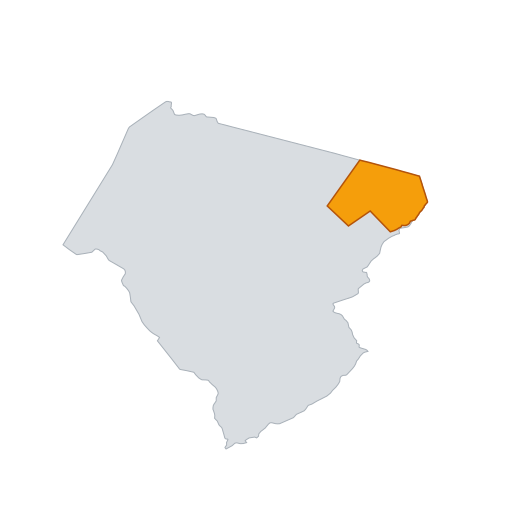 Tindouf highlighted on a map of Algeria, rotated 162°
{"feature_id": "DZA-2150", "entity_name": "Tindouf", "entity_type": "Province", "adm_level": 1, "iso_a3": "DZA", "parent_name": "Algeria", "parent_adm1": "", "projection": "albers", "projection_center": [-7.582, 27.544], "detail": "fine", "context": "in_parent", "style": "filled", "palette": "amber", "viewbox_px": 512, "rotation_deg": 162, "n_neighbors": 0, "source": "natural_earth", "source_scale": "10m", "svg_char_len": 4726}
<svg xmlns="http://www.w3.org/2000/svg" viewBox="0 0 512 512"><g transform="rotate(162 256 256)"><path d="M344.1,81.7L344.5,82.6L344.7,83.5L343.3,84.6L342.4,85.2L341.6,87.8L339.7,89.7L339.4,90.2L339.5,90.6L341.0,91.2L341.6,91.8L341.9,92.7L341.7,96.2L341.5,102.3L341.7,103.5L342.5,105.0L343.2,106.2L343.5,107.5L343.8,110.9L344.7,112.7L345.5,114.5L344.5,116.9L344.2,118.9L344.2,121.8L344.3,123.6L343.7,125.3L342.8,127.0L341.7,128.1L340.2,129.2L338.6,130.5L337.6,133.6L334.8,136.4L334.3,137.3L334.2,139.3L334.6,142.0L335.4,144.1L337.3,147.1L339.1,150.5L339.6,152.2L340.2,152.8L342.2,153.7L345.5,154.9L346.2,155.4L348.1,157.7L350.1,161.8L351.0,164.6L357.2,168.3L363.1,171.5L363.6,172.0L368.2,184.8L369.9,189.4L376.0,205.8L374.6,206.9L372.9,208.4L374.5,210.5L377.6,213.9L379.6,216.7L380.3,217.9L382.0,221.5L383.5,225.0L383.9,226.2L384.7,228.9L385.3,236.6L387.4,246.3L389.1,251.1L388.2,255.7L387.5,260.1L387.9,262.2L389.0,265.4L390.1,267.7L391.2,268.8L391.6,273.0L391.4,274.5L388.8,277.1L385.8,279.5L385.1,281.3L385.1,283.2L385.8,284.7L397.1,297.2L397.6,298.6L398.4,302.5L400.6,307.2L402.6,309.1L403.5,310.6L404.9,311.6L406.2,312.2L407.0,312.2L411.0,310.3L418.6,311.4L425.8,312.6L426.4,313.0L431.6,319.8L436.1,326.3L364.3,387.2L356.4,395.9L337.8,416.9L336.3,417.9L309.3,426.2L295.3,430.3L294.6,430.5L293.8,430.6L293.2,430.6L291.9,430.2L290.4,429.2L289.3,428.8L289.0,427.9L289.5,426.7L290.1,425.6L290.3,424.7L290.7,424.0L291.3,423.5L291.3,422.7L290.6,421.6L290.0,420.0L289.8,417.0L289.7,415.7L288.3,414.7L285.7,413.6L283.3,413.1L282.3,412.9L279.7,412.7L276.2,412.2L274.9,411.7L272.4,409.1L271.2,408.5L266.0,408.4L264.2,408.1L262.7,407.6L261.5,406.8L260.7,405.3L260.4,404.1L259.9,403.5L253.9,401.0L252.4,400.1L251.5,399.2L251.4,397.8L251.4,396.0L251.1,394.5L250.8,393.8L147.7,328.2L142.3,324.6L130.2,316.7L75.9,281.3L76.1,255.9L76.2,254.5L76.5,254.0L78.2,253.1L80.9,250.9L81.9,250.0L83.1,249.0L87.6,246.2L88.5,245.4L92.8,242.0L93.8,241.5L96.1,241.2L97.1,240.6L98.4,239.2L100.3,237.7L101.5,237.0L101.8,236.9L102.6,236.7L106.6,237.2L108.3,237.5L110.3,237.8L110.9,237.6L111.4,237.1L112.2,236.0L112.3,234.8L112.4,233.7L112.5,233.2L112.8,233.0L113.7,233.0L114.8,233.2L117.2,233.1L118.0,232.9L120.7,232.7L124.5,231.9L129.9,230.1L132.4,228.1L134.2,226.1L136.1,223.0L137.6,220.3L140.7,218.5L143.3,217.5L144.8,217.1L148.1,215.6L153.5,211.3L158.2,210.6L158.7,210.2L159.4,209.5L159.4,208.2L158.6,207.4L157.6,207.0L156.9,206.5L156.2,206.4L155.9,205.8L156.0,204.7L156.1,203.7L156.5,202.7L156.3,201.3L155.6,199.8L155.4,198.8L155.4,197.8L155.7,197.0L156.7,196.4L157.7,196.2L159.3,196.4L162.0,196.0L168.8,193.3L169.2,192.5L169.6,190.8L170.0,189.3L170.7,188.7L171.1,188.6L176.6,187.4L177.8,187.3L188.0,187.3L196.8,187.2L197.6,186.8L197.6,185.7L196.9,183.7L197.2,182.4L198.4,181.2L199.9,179.8L199.0,178.2L197.7,177.2L195.9,176.0L195.0,175.6L193.3,174.1L192.3,172.4L191.5,168.7L190.2,166.7L189.2,164.1L189.7,159.4L188.4,156.6L188.2,155.4L188.1,153.9L188.4,151.4L188.0,147.9L186.4,144.3L187.0,143.1L187.3,142.4L187.2,141.9L185.9,140.8L185.3,139.8L185.5,138.9L186.1,137.6L186.0,137.1L184.0,135.6L180.5,133.2L179.6,132.1L179.0,130.7L182.2,130.9L183.9,130.7L187.6,128.8L190.5,126.4L192.7,125.1L194.6,122.6L196.4,120.9L199.0,119.1L206.5,115.0L207.6,114.9L210.2,115.6L212.4,115.2L213.8,113.8L215.2,110.7L217.6,108.6L220.7,106.5L224.8,104.5L227.5,102.6L231.9,100.9L242.9,99.2L248.6,97.9L252.5,97.8L256.2,94.9L258.0,93.9L266.5,92.9L270.3,90.7L285.4,89.2L287.3,89.7L289.2,90.5L292.6,92.6L294.2,93.0L296.1,92.3L300.5,89.5L305.6,87.7L308.3,86.0L309.3,83.8L311.6,82.8L313.2,84.2L318.8,85.1L322.0,84.3L323.4,83.7L322.6,81.4L326.2,81.6L329.0,82.4L332.1,84.3L334.0,84.5L337.2,83.0L344.1,81.7Z" fill="#d9dde1" stroke="#a8b0b8" stroke-width="1"/><path d="M127.6,315.1L125.2,313.5L122.2,311.7L119.3,309.9L116.4,308.0L113.0,305.8L109.6,303.6L106.2,301.4L102.8,299.2L99.4,297.0L96.0,294.8L92.7,292.6L89.3,290.3L85.9,288.1L82.6,285.9L79.2,283.6L75.9,281.4L75.9,279.6L75.9,277.8L75.9,276.0L75.9,274.2L75.9,273.0L76.0,271.9L76.0,270.7L76.0,269.6L76.0,268.5L76.0,267.3L76.0,266.2L76.0,265.0L76.0,263.9L76.0,262.7L76.0,261.6L76.1,260.4L76.1,259.3L76.1,258.2L76.1,257.0L76.1,255.9L76.1,255.0L76.2,254.5L76.4,254.1L76.7,253.9L78.8,252.7L79.6,252.1L80.4,251.7L80.6,251.5L81.1,250.5L81.4,250.2L82.0,250.0L82.3,249.8L83.4,248.8L84.5,248.0L86.4,247.2L87.0,246.8L88.5,245.3L90.3,244.1L91.3,243.2L92.1,242.8L92.3,242.5L93.3,241.5L93.9,241.3L94.7,241.3L95.4,241.4L95.8,241.4L96.2,241.4L96.5,241.3L98.4,241.4L99.9,239.8L101.8,239.0L103.1,238.8L104.9,238.9L107.8,240.1L109.2,238.8L111.5,238.5L114.0,237.8L115.1,237.7L116.3,237.5L118.7,237.5L120.8,237.5L133.5,263.5L158.8,256.0L172.8,281.6L127.9,314.9L127.7,315.1L127.6,315.1Z" fill="#f59e0b" stroke="#b45309" stroke-width="1.5"/></g></svg>